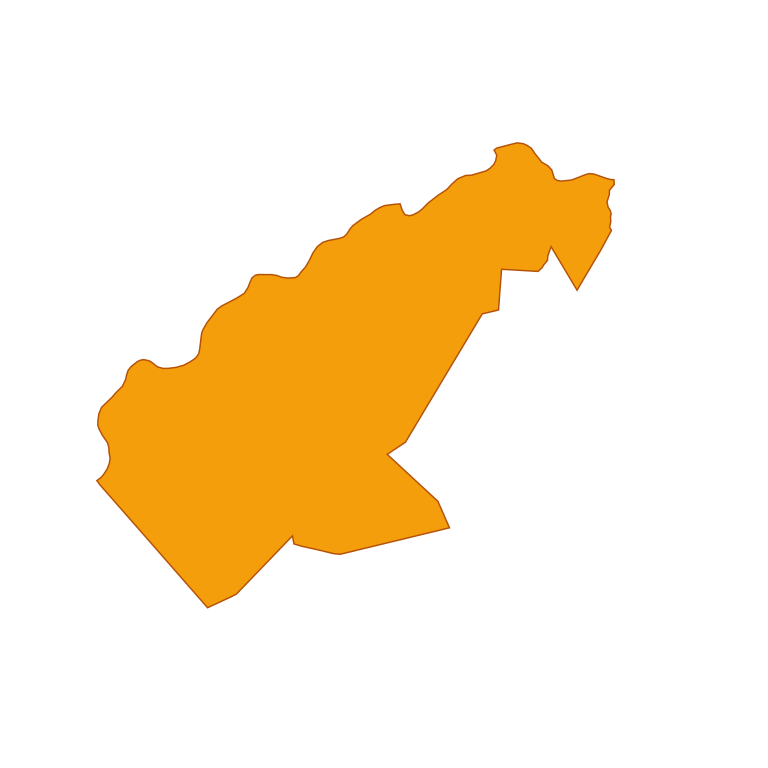 Palmeirais, Piauí, Brazil, rotated 62°
{"feature_id": "56859067B30993102751399", "entity_name": "Palmeirais", "entity_type": "district", "adm_level": 2, "iso_a3": "BRA", "parent_name": "Brazil", "parent_adm1": "Piauí", "projection": "robinson", "projection_center": [-43.023, -5.84], "detail": "fine", "context": "isolated", "style": "filled", "palette": "amber", "viewbox_px": 768, "rotation_deg": 62, "n_neighbors": 0, "source": "geoboundaries", "source_scale": "gbopen_adm2", "svg_char_len": 2132}
<svg xmlns="http://www.w3.org/2000/svg" viewBox="0 0 768 768"><g transform="rotate(62 384 384)"><path d="M232.1,159.0L228.6,173.8L229.1,177.0L234.9,177.0L239.3,180.6L241.7,183.9L243.3,189.2L243.8,193.7L241.9,202.9L240.7,208.8L238.2,214.0L237.7,219.2L237.4,222.2L238.2,225.8L239.4,230.4L241.8,237.6L242.7,247.3L244.8,259.6L247.6,268.7L248.3,272.7L248.3,278.9L247.3,282.7L244.3,286.1L238.8,286.3L232.5,285.2L230.1,290.8L226.7,299.9L226.3,305.0L226.5,310.3L227.7,316.3L228.0,326.7L229.5,337.0L230.9,340.7L234.1,346.4L235.2,350.4L234.6,354.7L231.2,365.8L230.2,371.6L231.4,378.4L234.9,385.2L239.9,392.0L243.8,398.3L246.3,405.0L248.2,408.8L248.4,412.2L245.7,418.6L241.6,424.4L237.8,427.7L234.6,432.0L228.3,443.7L227.6,446.5L228.3,450.7L231.2,454.5L234.9,458.7L238.4,464.9L239.0,474.5L238.9,490.7L239.6,495.9L244.0,505.5L246.7,511.4L251.1,518.4L253.4,521.0L257.4,523.9L266.2,530.0L270.2,533.3L272.3,537.2L273.0,540.3L273.4,545.3L273.4,552.1L271.7,559.8L268.9,567.2L266.5,571.8L262.5,576.0L256.1,578.8L253.2,580.5L249.6,584.8L248.5,588.5L248.5,591.5L249.9,599.2L251.9,603.6L255.8,607.6L258.3,609.5L263.2,616.0L266.0,625.3L268.0,630.3L272.0,644.3L276.5,649.8L282.7,654.2L286.0,656.0L289.7,656.7L297.3,656.7L306.2,655.7L310.9,656.8L315.7,659.0L320.8,660.6L324.9,663.6L327.4,666.3L329.3,668.7L332.1,673.8L333.5,676.9L334.5,682.9L340.4,682.0L397.1,668.6L413.7,664.7L498.7,644.8L500.1,617.8L500.2,613.0L475.1,536.1L482.9,538.6L488.9,532.5L498.7,521.0L510.4,507.8L512.1,505.1L513.7,502.8L541.7,393.7L512.9,391.5L477.8,403.7L447.6,414.2L445.4,392.3L411.0,335.3L368.2,264.3L372.4,248.1L358.8,239.6L337.9,226.3L356.9,195.1L355.5,189.9L353.6,186.6L351.6,181.6L347.7,179.2L341.2,172.0L391.8,169.5L385.1,158.6L367.7,130.0L355.2,111.1L351.5,111.2L347.0,107.5L342.8,105.6L340.6,103.7L337.4,102.8L333.0,103.1L327.9,101.6L322.5,96.1L318.9,94.1L315.8,86.9L311.6,85.1L309.9,87.8L306.9,91.1L297.2,100.1L294.6,104.0L293.7,107.8L292.8,115.9L292.0,122.5L288.1,132.2L285.7,135.4L282.7,137.1L273.8,135.4L268.3,136.8L262.2,140.6L251.1,142.6L244.9,143.3L240.6,145.6L237.1,148.3L233.6,153.3L232.1,159.0Z" fill="#f59e0b" stroke="#b45309" stroke-width="1.5"/></g></svg>